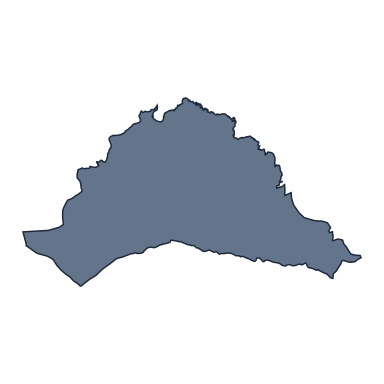 the district of Dauphin, Dauphin, Saint Lucia
{"feature_id": "8701671B67654174060035", "entity_name": "Dauphin", "entity_type": "district", "adm_level": 2, "iso_a3": "LCA", "parent_name": "Saint Lucia", "parent_adm1": "Dauphin", "projection": "orthographic", "projection_center": [-60.901, 14.058], "detail": "fine", "context": "isolated", "style": "filled", "palette": "slate", "viewbox_px": 384, "rotation_deg": 0, "n_neighbors": 0, "source": "geoboundaries", "source_scale": "gbopen_adm2", "svg_char_len": 6065}
<svg xmlns="http://www.w3.org/2000/svg" viewBox="0 0 384 384"><path d="M23.0,231.9L26.3,244.4L26.2,245.9L28.3,247.1L34.6,251.7L37.3,253.4L47.4,256.2L51.0,258.1L53.5,260.0L56.9,265.4L61.3,270.3L65.7,274.1L69.7,276.7L73.6,280.9L77.2,283.3L80.3,286.0L81.4,286.0L82.9,284.5L89.1,279.7L92.6,277.4L95.6,275.7L103.0,268.7L109.9,263.8L116.8,258.5L122.8,256.9L130.3,254.0L133.3,253.5L135.3,252.8L137.1,253.5L138.2,253.3L139.5,253.5L142.0,252.9L143.5,252.1L143.8,251.3L146.7,248.4L148.5,247.5L150.7,247.1L154.1,247.7L157.5,246.5L160.1,244.8L161.2,244.6L161.6,244.9L162.7,244.0L164.2,244.0L168.9,242.7L169.4,242.3L170.0,242.3L170.3,241.4L171.3,240.1L178.2,241.3L179.1,241.8L180.8,241.8L188.1,244.8L189.7,244.9L191.3,245.6L194.1,245.6L196.4,247.8L198.0,248.0L203.4,251.4L205.4,251.3L209.1,250.0L213.5,252.1L214.3,252.2L216.0,251.7L216.6,251.8L219.3,254.2L220.0,254.1L220.7,253.5L223.8,253.6L227.9,252.9L230.7,253.3L233.3,254.1L235.7,255.7L239.2,255.8L240.4,256.8L242.1,256.4L243.4,256.5L246.1,257.9L248.9,258.8L251.7,260.4L254.6,261.4L255.8,260.7L256.8,258.1L259.1,258.0L260.4,258.7L263.1,261.7L264.2,261.5L265.1,260.6L266.4,260.1L267.7,260.0L273.6,262.2L278.2,263.0L280.2,263.8L282.1,265.4L284.6,265.9L285.7,265.9L286.7,265.1L288.6,264.6L289.8,264.6L291.9,265.6L292.9,265.7L294.9,265.6L298.9,264.2L299.7,264.1L301.5,264.8L303.4,264.2L305.1,263.1L305.6,263.1L306.3,263.7L307.5,266.5L308.4,267.5L312.4,268.4L316.7,270.3L317.6,269.6L322.9,272.4L326.8,274.0L330.5,277.8L332.9,278.4L333.2,273.9L336.1,271.2L341.0,263.5L341.6,261.2L343.4,260.4L348.4,262.0L351.1,262.3L355.3,261.6L357.2,259.8L361.0,257.7L360.2,255.5L355.4,255.2L350.9,254.1L346.0,246.5L343.9,244.1L342.6,240.1L339.2,239.2L337.1,239.2L333.9,240.5L332.5,240.5L333.1,236.8L332.4,231.7L329.7,232.7L328.7,230.8L330.6,227.7L327.5,222.8L321.9,221.1L315.0,220.8L304.2,217.7L299.0,212.8L293.5,204.8L291.5,198.1L291.2,192.7L284.8,195.4L284.9,188.6L284.6,184.7L283.5,185.3L283.1,186.1L279.2,187.5L276.7,188.0L276.6,186.6L277.0,185.8L277.5,185.5L278.9,185.6L279.4,183.3L279.9,182.7L282.2,181.6L282.1,181.4L281.7,181.4L279.9,181.8L279.5,181.3L280.4,180.0L280.9,178.4L280.9,176.9L282.0,175.4L282.0,173.9L281.5,172.5L280.5,171.2L279.7,166.4L279.2,165.5L278.3,165.2L274.9,166.4L275.0,165.7L276.0,165.0L275.0,164.6L274.6,163.5L275.0,160.2L274.8,157.3L273.3,153.9L271.7,152.7L268.0,152.0L267.3,152.6L267.2,153.5L265.8,154.6L265.0,154.7L265.0,154.0L265.5,153.2L264.4,151.0L264.3,149.4L263.3,149.3L262.0,150.1L261.6,149.9L260.9,150.3L259.6,149.8L260.0,149.4L259.8,149.3L258.4,149.0L258.9,148.5L258.5,148.1L259.0,147.4L258.4,147.0L259.4,146.1L258.7,146.1L257.9,145.1L257.9,144.8L258.5,144.2L258.7,142.2L256.6,141.0L255.5,140.6L255.1,140.1L254.4,140.0L254.2,139.8L254.7,139.3L254.3,138.8L253.4,138.9L252.9,138.1L252.3,138.1L252.1,137.4L251.2,137.2L250.4,136.3L249.6,136.2L247.9,136.7L246.8,136.7L246.2,137.2L245.4,137.2L243.8,137.8L242.9,137.5L242.4,138.0L241.5,137.6L240.0,138.0L238.5,139.4L237.8,139.3L236.6,138.0L234.8,138.0L234.1,137.6L233.8,136.6L234.0,136.1L233.1,135.7L233.0,135.2L234.0,134.8L234.4,134.0L234.1,131.6L233.8,131.3L234.1,130.6L233.8,130.2L233.1,130.1L232.8,129.2L233.1,128.4L233.7,128.0L234.1,127.0L235.0,126.0L235.0,123.4L235.2,123.0L235.9,122.7L235.8,121.2L235.5,120.8L232.7,121.4L232.1,121.1L232.2,120.8L233.3,120.7L234.8,119.8L234.9,118.7L234.2,117.7L233.6,117.5L232.9,118.1L232.8,118.9L231.9,118.8L231.2,119.2L230.7,118.9L230.4,118.0L230.0,117.9L229.5,116.9L227.6,116.8L228.3,116.5L228.2,116.0L226.5,115.5L226.3,114.9L224.5,113.8L222.3,113.9L218.7,114.8L218.0,114.1L217.2,114.1L216.6,114.4L216.5,114.9L215.0,114.5L212.8,112.2L212.4,112.1L212.0,112.5L211.3,111.7L210.6,112.0L210.3,112.6L209.8,112.8L209.6,112.4L209.0,112.1L207.5,111.8L207.5,111.2L207.1,110.8L208.0,110.4L207.8,109.7L206.0,108.8L205.2,109.0L205.1,108.4L204.6,108.3L204.1,108.8L204.6,109.4L204.6,109.8L203.1,110.0L202.9,109.9L202.9,109.4L202.3,107.5L201.9,107.9L201.3,107.4L201.0,108.1L200.6,108.0L200.2,107.3L201.2,106.5L201.6,105.5L201.3,105.2L200.7,105.2L200.3,104.1L199.7,104.1L199.1,105.2L198.7,103.6L197.9,103.4L197.4,104.8L196.6,105.3L196.2,105.1L196.2,104.5L197.0,103.3L196.4,102.4L195.9,102.5L195.5,103.5L194.9,103.9L194.2,103.1L193.5,102.9L193.4,102.1L192.9,101.6L190.8,101.7L190.1,101.3L189.8,100.3L189.4,100.7L188.4,100.7L188.2,99.4L186.3,98.1L185.6,98.0L185.1,98.0L184.6,98.6L183.7,98.4L182.9,99.1L182.3,100.7L182.4,101.9L182.2,103.1L182.4,103.4L181.3,104.3L180.4,104.4L179.3,105.1L178.3,105.3L178.8,105.6L177.3,106.5L177.4,107.1L176.7,108.0L175.4,108.4L175.6,109.2L174.5,109.9L174.2,110.6L173.6,110.7L173.2,110.0L171.9,110.0L170.7,110.8L169.8,110.4L164.6,113.3L164.0,116.0L163.5,116.4L163.8,116.8L163.7,117.7L163.0,120.3L162.5,121.0L160.4,122.0L156.6,120.9L154.0,119.1L152.1,116.3L152.3,116.0L152.9,116.5L153.2,116.3L152.8,115.1L153.0,113.4L153.8,111.9L154.2,111.4L155.4,110.8L155.8,110.3L156.3,110.4L157.1,109.6L157.5,107.1L157.1,105.4L156.6,106.5L156.3,106.5L156.2,107.3L154.7,108.6L154.6,109.2L153.3,109.6L151.4,109.6L150.6,110.4L150.8,110.8L150.7,111.1L148.9,111.7L147.8,111.6L146.7,111.9L145.6,111.4L144.7,111.4L143.6,112.2L142.6,112.4L141.4,111.1L140.5,112.4L140.3,114.2L139.4,114.9L139.1,115.7L139.2,116.7L140.1,118.4L140.5,120.7L140.3,121.3L139.5,122.3L136.8,123.4L134.5,123.7L133.0,124.5L131.5,126.5L129.5,127.9L129.1,128.7L125.2,131.2L125.1,132.3L124.1,133.2L122.5,133.5L121.6,134.3L119.9,134.9L116.3,135.4L112.9,135.4L112.1,136.0L110.9,136.4L109.4,137.8L109.2,138.6L109.2,140.0L110.9,144.0L111.3,145.9L110.8,147.5L109.2,149.9L108.7,152.5L107.7,153.6L107.7,155.2L106.8,159.1L106.1,160.9L104.3,162.3L103.1,161.7L102.4,160.7L101.1,160.2L99.1,161.8L98.2,162.0L96.9,161.7L96.6,162.6L98.0,163.4L97.8,164.5L98.8,165.6L96.3,167.2L93.7,167.3L90.3,166.4L89.9,166.7L89.7,167.9L89.4,168.3L85.9,168.4L84.6,168.8L81.8,168.0L81.4,168.5L78.1,169.7L77.1,174.5L77.2,177.8L80.0,181.2L80.8,184.3L81.2,187.9L81.9,190.4L81.8,191.5L78.8,193.9L76.2,195.4L72.9,197.8L70.7,199.1L68.2,199.9L67.2,200.9L64.8,205.4L63.6,208.0L62.7,210.8L62.6,216.3L63.4,224.5L59.1,227.3L48.3,230.4L23.0,231.9Z" fill="#64748b" stroke="#1e293b" stroke-width="1.5"/></svg>